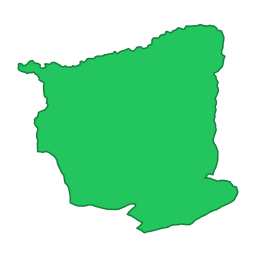 the district of Ragonvalia, Norte de Santander, Colombia, rotated 271°
{"feature_id": "7082276B67756005712401", "entity_name": "Ragonvalia", "entity_type": "district", "adm_level": 2, "iso_a3": "COL", "parent_name": "Colombia", "parent_adm1": "Norte de Santander", "projection": "albers", "projection_center": [-72.499, 7.601], "detail": "fine", "context": "isolated", "style": "filled", "palette": "green", "viewbox_px": 256, "rotation_deg": 271, "n_neighbors": 0, "source": "geoboundaries", "source_scale": "gbopen_adm2", "svg_char_len": 5828}
<svg xmlns="http://www.w3.org/2000/svg" viewBox="0 0 256 256"><g transform="rotate(271 128 128)"><path d="M52.0,225.1L55.2,231.6L57.3,234.8L58.4,235.7L60.0,236.4L63.3,238.2L65.6,238.8L66.9,238.8L68.0,238.3L68.8,237.8L69.9,237.7L70.6,237.5L70.8,237.4L70.8,236.8L71.4,235.8L71.5,234.6L71.8,233.8L72.4,233.4L73.2,233.3L73.5,232.7L74.3,232.0L76.1,230.9L76.1,229.6L77.0,227.8L76.9,226.5L77.3,224.2L77.1,223.0L77.3,222.0L76.8,219.7L76.4,218.9L76.3,218.4L77.1,216.9L77.6,214.6L79.1,211.1L79.3,210.2L79.0,209.1L79.2,208.6L79.5,208.4L79.5,206.5L79.7,206.8L81.1,207.5L81.6,207.4L81.8,207.2L81.9,207.4L82.2,207.4L83.5,209.7L83.6,210.2L83.0,211.8L82.8,213.8L85.5,214.4L87.7,215.1L88.4,215.6L91.3,216.8L96.8,218.2L97.7,218.3L100.0,218.2L104.6,218.3L106.0,218.2L108.0,217.6L111.1,216.3L113.9,214.6L116.7,213.3L118.6,213.5L120.8,213.9L122.7,214.7L127.3,216.1L128.3,216.1L129.7,215.5L131.4,215.6L132.0,215.6L134.9,214.7L136.7,213.8L140.3,214.5L140.9,214.8L142.7,214.4L144.1,214.5L146.5,215.4L148.0,215.6L150.5,214.9L151.5,214.8L153.1,215.8L154.6,215.9L155.6,215.9L157.3,215.5L158.8,214.7L159.2,214.6L160.5,215.4L161.5,215.7L165.1,217.3L166.1,217.6L167.6,217.6L169.2,217.3L169.8,217.1L170.6,216.5L171.2,216.4L173.4,216.5L174.7,217.2L175.6,217.2L176.6,216.3L177.9,215.6L178.7,215.3L180.4,215.1L181.1,214.9L183.0,212.9L184.2,213.3L184.6,213.6L185.8,216.1L186.5,217.2L188.9,219.1L190.4,220.7L191.4,221.3L192.5,221.6L197.8,222.5L199.9,223.0L201.4,223.6L203.3,220.5L204.3,220.4L206.1,220.3L207.7,220.5L208.7,221.0L209.9,221.4L213.4,221.5L216.5,222.0L219.4,222.3L220.6,222.2L221.9,221.5L223.2,221.3L225.5,220.0L226.6,219.8L226.5,219.1L227.1,218.2L227.2,217.8L227.0,216.9L227.1,216.5L227.6,215.7L228.0,215.4L228.7,215.2L229.5,214.7L230.6,213.4L231.3,212.3L231.6,211.3L231.5,209.8L232.1,208.2L231.6,206.3L231.0,205.2L231.5,203.8L231.5,203.0L231.9,200.9L232.4,199.7L232.5,198.3L232.4,197.7L231.9,196.9L231.6,194.8L231.2,194.1L231.4,192.3L230.8,189.1L231.0,187.3L230.9,185.9L231.0,185.1L230.7,184.1L229.2,183.4L228.0,182.6L227.5,181.9L227.6,181.1L228.2,179.8L228.8,178.1L229.0,176.4L227.1,174.3L226.5,173.1L225.9,171.1L224.8,170.5L224.3,169.5L224.1,169.0L224.2,168.2L225.2,165.3L225.0,164.6L224.7,164.1L223.2,163.8L222.3,163.1L222.1,162.9L222.0,161.5L221.8,160.1L221.3,159.3L220.4,158.2L218.9,157.5L218.4,156.7L218.5,153.4L218.5,152.5L218.2,151.7L217.5,151.1L216.4,150.5L215.4,150.4L213.9,150.5L213.1,150.4L212.6,150.3L212.0,149.9L211.1,147.1L210.7,146.7L208.7,145.7L208.3,144.9L207.7,141.7L208.1,140.8L209.2,139.8L209.3,139.3L209.4,137.5L208.6,135.3L206.1,133.5L205.6,132.9L205.2,132.2L205.1,131.3L205.4,129.8L205.7,129.3L206.7,128.4L207.1,127.7L207.3,126.9L206.9,125.9L206.4,125.1L205.8,123.5L205.2,122.3L204.8,120.3L204.2,118.8L201.9,116.1L203.9,114.2L204.1,113.7L204.1,113.2L203.7,112.6L202.5,112.0L201.9,111.2L202.2,110.3L202.0,109.3L201.6,108.1L201.7,107.1L201.5,106.6L201.3,106.4L200.8,105.1L200.9,103.3L200.0,102.2L199.4,100.5L199.3,96.0L198.9,94.9L198.1,93.7L197.2,93.4L196.9,92.8L196.7,89.5L196.9,87.9L196.4,85.9L195.1,85.3L193.5,83.8L192.9,82.9L192.7,82.2L193.0,81.8L193.7,81.3L193.9,81.0L193.9,80.5L193.5,79.2L192.7,79.0L191.3,79.1L190.7,79.0L190.3,78.6L189.7,76.7L189.4,76.1L188.5,75.2L188.5,73.9L189.3,72.1L189.0,71.5L188.2,70.7L187.9,70.0L187.9,69.3L188.1,68.8L187.7,67.9L187.6,67.3L187.6,66.7L188.9,64.7L189.0,64.3L188.8,63.7L188.2,63.3L188.0,62.3L188.2,60.8L188.9,59.7L189.6,58.9L192.4,53.2L192.2,52.0L191.8,50.4L190.7,49.4L190.3,48.6L190.7,45.0L190.7,44.3L190.5,43.8L190.0,43.8L188.2,45.0L187.8,44.8L187.3,44.4L186.1,41.5L186.4,39.9L186.7,39.4L187.5,39.0L189.8,39.0L190.3,38.2L190.9,36.5L191.1,35.5L191.0,33.9L191.8,33.1L193.4,31.8L193.7,31.4L193.6,30.3L193.3,29.0L191.5,27.0L190.8,26.7L190.0,26.0L188.8,24.1L188.6,23.2L188.3,22.7L188.5,22.2L189.9,21.1L190.2,20.6L190.2,20.1L190.7,18.0L189.5,17.3L187.2,17.5L186.6,17.4L186.0,17.2L185.4,17.2L185.1,17.3L184.1,18.1L182.8,20.3L182.6,21.5L182.2,22.4L181.9,24.7L180.8,25.9L180.8,26.3L181.8,29.2L181.8,29.8L181.4,30.9L182.2,32.1L182.1,33.0L181.5,33.6L180.3,34.3L179.8,35.8L179.4,36.4L178.4,37.2L177.7,37.4L176.8,38.3L175.7,38.6L175.3,38.5L174.9,38.2L174.6,38.2L174.2,39.2L173.7,39.6L173.2,40.4L172.5,42.2L172.0,42.8L171.0,43.4L170.3,43.5L168.6,42.9L166.9,42.9L162.6,43.2L161.0,43.7L159.5,43.7L158.6,43.9L157.7,44.5L157.5,44.8L156.8,46.0L156.3,46.4L155.3,46.5L154.2,46.4L153.0,46.6L152.2,46.1L151.6,45.9L151.3,46.2L151.0,46.9L150.5,47.4L148.9,47.4L147.7,46.8L145.5,45.4L144.3,43.9L143.9,42.2L142.0,38.3L140.9,38.0L139.8,38.1L137.8,37.2L137.0,37.2L136.8,37.1L136.6,36.7L136.4,35.3L135.2,34.8L134.5,34.2L134.0,34.6L133.4,34.7L131.5,34.3L130.9,34.4L130.1,35.0L129.3,35.2L128.5,35.7L126.8,37.3L126.1,37.7L125.4,37.8L124.4,37.8L121.5,37.0L118.0,36.9L116.0,37.2L114.3,38.0L113.4,38.1L110.7,37.7L102.8,38.1L102.8,40.4L102.3,42.5L102.4,44.2L103.0,45.6L102.9,47.7L101.1,51.0L100.1,52.2L98.6,54.6L96.5,56.3L94.6,57.5L91.0,58.2L89.3,58.9L87.5,59.9L83.1,62.0L79.7,64.5L77.3,65.1L73.6,65.6L71.9,66.1L70.4,67.8L69.5,68.5L67.8,69.5L65.9,70.0L59.4,71.4L52.3,71.6L52.0,71.9L49.7,77.7L49.2,79.6L49.2,84.9L49.7,87.9L50.2,89.3L50.6,91.5L50.2,93.9L49.0,97.4L48.4,100.2L47.8,102.3L46.5,108.3L46.3,117.0L46.5,119.0L46.7,120.2L49.3,126.1L50.8,128.8L52.1,131.9L52.3,134.2L51.7,136.9L50.3,136.7L49.6,136.4L48.8,135.6L46.3,132.5L44.7,131.5L44.0,130.2L42.7,129.7L41.8,128.9L41.5,129.1L41.1,129.9L40.2,132.9L37.9,136.7L35.6,140.2L35.1,141.3L33.6,144.0L33.3,144.1L33.0,143.9L31.5,142.5L30.1,141.5L29.4,140.3L27.9,138.7L26.2,142.6L23.5,146.2L24.4,148.5L25.7,154.5L28.4,163.7L29.3,169.1L30.1,170.7L31.2,172.4L31.8,174.2L32.1,178.2L32.4,180.6L33.0,183.2L32.6,185.8L32.4,188.7L32.4,190.9L32.8,192.0L34.4,194.5L36.1,195.8L37.3,197.2L39.0,200.4L41.3,204.1L41.6,205.3L42.4,206.8L45.4,211.4L47.4,215.8L47.7,217.2L48.1,218.3L48.8,219.2L49.8,221.3L51.3,223.1L52.0,225.1Z" fill="#22c55e" stroke="#15803d" stroke-width="1.5"/></g></svg>